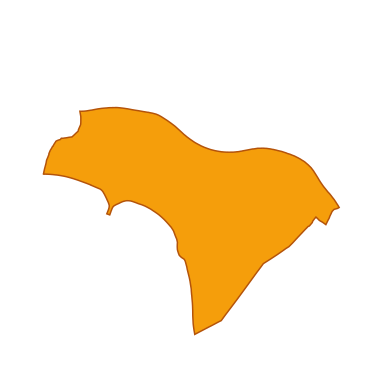 outline of Hattem, Gelderland, Netherlands, rotated 330°
{"feature_id": "6326949B74620777468908", "entity_name": "Hattem", "entity_type": "district", "adm_level": 2, "iso_a3": "NLD", "parent_name": "Netherlands", "parent_adm1": "Gelderland", "projection": "mercator", "projection_center": [6.046, 52.477], "detail": "fine", "context": "isolated", "style": "filled", "palette": "amber", "viewbox_px": 384, "rotation_deg": 330, "n_neighbors": 0, "source": "geoboundaries", "source_scale": "gbopen_adm2", "svg_char_len": 5757}
<svg xmlns="http://www.w3.org/2000/svg" viewBox="0 0 384 384"><g transform="rotate(330 192 192)"><path d="M72.3,102.2L72.5,102.4L73.9,103.2L75.1,103.9L75.7,104.3L76.6,104.9L78.0,105.8L80.3,107.4L82.3,108.9L83.1,109.4L83.5,109.8L84.0,110.1L86.3,112.0L88.8,114.1L90.8,115.9L92.0,117.1L93.3,118.4L94.0,119.1L95.4,120.6L96.1,121.3L96.6,121.9L98.5,124.0L99.2,124.8L104.8,131.5L107.8,135.2L107.7,135.3L109.0,137.0L112.0,141.0L113.9,143.5L114.6,145.1L114.7,145.5L115.0,147.0L115.0,148.1L115.0,150.4L114.9,152.1L114.7,155.0L114.6,155.7L114.3,159.0L114.0,160.7L113.6,162.3L112.6,163.8L111.4,165.0L110.1,166.1L107.3,168.3L107.8,168.9L109.3,170.7L110.4,169.8L111.2,169.1L112.6,167.9L113.4,167.3L114.6,166.3L116.1,165.4L117.0,165.1L118.0,165.0L118.7,165.0L119.6,165.0L121.1,165.1L122.7,165.3L124.6,165.4L125.9,165.5L127.2,165.7L127.7,165.8L128.6,166.0L129.1,166.2L129.5,166.3L129.9,166.4L130.4,166.6L130.9,166.8L131.3,167.0L131.7,167.2L131.9,167.4L132.8,167.9L134.3,169.0L134.8,169.5L135.5,170.2L137.9,173.0L139.9,175.5L140.3,175.9L141.0,176.7L142.2,178.0L143.2,179.3L144.2,180.6L145.7,182.9L146.0,183.4L147.1,185.2L147.4,185.7L147.7,186.2L149.0,188.9L150.0,190.9L150.9,192.8L151.1,193.2L152.0,195.3L153.0,198.2L153.1,198.5L154.1,201.7L154.9,205.0L155.6,208.3L155.9,210.0L156.2,211.5L156.3,211.7L156.5,215.0L156.5,216.4L156.5,216.7L156.2,218.4L155.8,220.7L155.8,220.8L155.7,221.1L155.6,222.0L155.4,223.3L155.3,224.4L155.1,225.5L154.2,228.3L153.2,229.8L151.8,232.1L151.2,233.3L150.7,234.2L150.2,235.7L149.9,237.1L149.7,237.9L149.5,239.1L149.4,240.1L149.3,240.5L150.1,243.3L151.2,245.5L151.6,246.4L151.6,246.5L151.6,248.1L151.3,249.5L150.4,252.9L150.1,254.1L149.3,256.3L148.3,259.7L146.9,264.6L145.6,268.5L145.0,270.0L142.8,275.7L141.9,277.4L141.2,278.9L140.4,280.6L140.1,281.4L139.0,283.7L137.0,288.0L135.7,290.6L133.2,295.3L131.1,299.0L129.9,301.3L127.1,306.8L126.1,309.1L124.9,312.1L124.5,313.1L124.3,313.7L123.2,316.7L126.0,316.8L138.5,317.3L141.8,317.5L150.3,317.8L153.0,318.0L159.1,315.3L173.3,309.3L180.0,306.4L191.8,301.2L208.0,294.0L213.2,291.8L218.0,289.7L227.1,289.3L230.5,289.1L235.4,288.8L236.3,288.7L237.8,288.6L243.2,288.1L245.0,287.9L248.4,287.8L248.6,287.8L251.9,286.9L253.1,286.6L254.1,286.3L258.8,284.8L259.9,284.5L260.4,284.3L261.0,284.1L261.9,283.9L262.5,283.7L262.8,283.6L271.1,281.1L275.0,280.0L275.2,279.9L275.4,279.9L276.3,280.1L277.0,280.0L280.9,278.6L281.0,278.5L281.8,277.7L282.3,277.5L285.4,276.1L286.0,276.1L286.8,275.7L287.5,277.9L287.9,279.6L288.0,280.0L288.3,280.7L290.0,283.6L291.6,287.2L292.2,286.8L296.4,284.0L296.7,283.9L298.3,282.8L299.0,282.1L301.2,280.6L303.6,278.9L305.2,278.4L306.4,278.1L308.3,278.6L309.9,279.0L310.6,279.0L311.7,279.0L311.7,277.4L311.7,276.2L311.6,274.9L311.5,273.0L311.5,272.3L311.3,269.5L311.1,268.1L310.8,266.0L310.7,265.0L310.3,262.4L310.0,261.1L309.7,259.9L309.5,258.5L309.2,256.5L308.7,253.4L308.5,251.6L308.2,247.7L308.1,245.2L308.1,243.1L308.0,240.0L307.9,237.3L307.8,235.7L307.8,234.5L307.7,234.1L307.6,233.0L307.4,231.6L307.3,230.7L307.0,229.5L306.6,228.1L306.3,226.9L305.7,225.2L305.1,223.5L305.0,223.1L304.7,222.4L304.4,221.7L303.9,220.7L303.2,219.5L302.9,218.9L302.3,217.7L301.9,217.0L301.5,216.4L301.0,215.5L300.3,214.5L299.4,213.1L298.6,211.9L297.6,210.7L296.8,209.7L295.9,208.5L295.0,207.5L294.4,206.9L293.6,206.0L293.2,205.4L292.8,204.9L292.5,204.6L291.5,203.5L290.1,201.9L289.9,201.7L288.5,200.4L287.1,199.1L285.6,197.6L284.8,196.9L283.9,196.0L283.0,195.3L282.1,194.5L281.4,193.9L281.2,193.7L280.9,193.5L280.0,192.8L279.5,192.4L278.5,191.6L277.1,190.7L275.9,189.9L275.1,189.4L272.7,188.1L270.8,187.0L267.1,185.6L265.9,185.0L261.5,183.5L257.8,182.2L256.4,181.7L255.1,181.3L254.7,181.1L252.7,180.4L252.4,180.3L250.5,179.4L249.5,179.0L248.5,178.5L247.6,178.1L246.4,177.4L245.5,176.9L244.4,176.3L243.4,175.7L242.2,175.0L240.8,174.1L239.9,173.5L238.5,172.5L237.6,171.9L236.9,171.3L234.8,169.6L234.0,168.9L232.8,167.9L229.9,165.1L229.2,164.4L227.9,162.9L227.6,162.6L225.8,160.4L224.8,159.2L224.4,158.6L223.8,157.8L223.2,157.0L222.3,155.6L222.1,155.2L221.8,154.8L221.7,154.6L221.3,154.0L221.1,153.7L220.9,153.3L220.7,153.0L220.5,152.7L219.4,150.9L219.1,150.3L219.0,150.1L218.5,149.1L218.2,148.5L217.7,147.4L216.7,145.3L216.2,144.1L215.2,141.8L214.8,140.7L214.5,139.8L213.9,138.4L212.9,135.1L211.8,131.6L211.6,131.0L210.3,126.9L209.7,125.4L208.6,122.8L208.4,122.3L207.8,121.0L206.5,118.1L206.3,117.7L204.2,113.6L203.0,111.3L201.5,108.8L200.5,107.5L199.9,106.7L197.8,104.6L197.2,104.0L195.0,102.1L194.3,101.4L193.2,100.6L189.8,97.8L186.0,94.6L184.1,93.1L181.2,90.7L178.1,88.0L175.7,86.1L175.2,85.7L173.9,84.7L172.7,83.8L170.9,82.5L169.3,81.4L167.9,80.6L164.8,78.9L163.2,78.0L161.8,77.3L160.2,76.6L159.2,76.1L155.8,74.5L152.1,73.0L149.0,71.9L146.0,70.9L145.1,70.5L143.8,70.0L141.1,69.0L139.3,68.2L138.1,67.6L137.0,67.0L136.1,66.5L135.3,66.0L134.8,67.3L133.6,70.6L133.3,71.3L133.0,71.8L132.8,72.2L131.0,75.3L130.6,76.0L129.5,77.6L129.3,77.9L129.1,78.1L126.9,79.7L125.3,80.9L125.1,81.0L124.4,81.7L124.2,82.0L123.9,82.3L123.7,82.4L123.5,82.5L121.5,82.9L118.3,83.7L115.5,84.3L115.3,84.2L115.0,84.0L114.7,83.9L112.5,83.0L111.6,82.7L111.3,82.6L109.7,82.0L108.6,81.5L107.7,81.2L106.9,80.8L106.3,80.5L106.0,80.3L105.9,80.2L105.7,80.1L104.7,80.5L104.3,80.7L104.1,80.7L103.8,80.6L103.3,80.5L102.1,80.2L100.4,80.0L100.1,80.0L99.7,80.0L99.2,80.1L98.6,80.6L97.4,81.1L96.5,81.6L95.0,82.5L94.8,82.7L94.4,82.9L94.0,82.8L93.9,82.9L93.1,83.4L92.8,83.6L91.7,84.2L91.2,84.5L90.8,84.7L90.6,84.8L90.4,84.9L89.9,85.2L89.4,85.6L88.7,86.1L88.2,86.5L87.3,87.2L87.2,87.3L87.0,87.8L84.9,89.5L83.5,90.6L82.8,91.1L81.9,91.8L81.5,92.3L80.8,93.1L80.6,93.4L79.4,94.7L79.2,94.9L78.4,95.7L75.5,98.6L75.1,99.1L74.6,99.6L73.7,100.6L73.5,100.9L72.5,102.0L72.3,102.1L72.3,102.2Z" fill="#f59e0b" stroke="#b45309" stroke-width="1.5"/></g></svg>